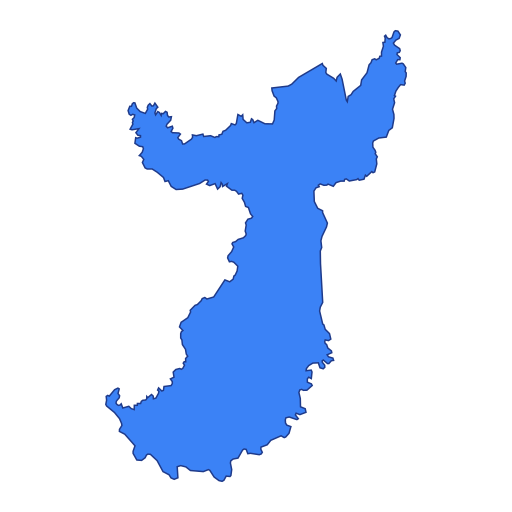 Lages, Santa Catarina, Brazil (Natural Earth projection)
{"feature_id": "56859067B78691306233134", "entity_name": "Lages", "entity_type": "district", "adm_level": 2, "iso_a3": "BRA", "parent_name": "Brazil", "parent_adm1": "Santa Catarina", "projection": "natural_earth1", "projection_center": [-50.368, -28.001], "detail": "fine", "context": "isolated", "style": "filled", "palette": "blue", "viewbox_px": 512, "rotation_deg": 0, "n_neighbors": 0, "source": "geoboundaries", "source_scale": "gbopen_adm2", "svg_char_len": 6056}
<svg xmlns="http://www.w3.org/2000/svg" viewBox="0 0 512 512"><path d="M405.8,67.6L403.3,63.9L402.0,63.2L396.6,64.2L395.7,63.0L397.7,59.6L399.9,59.7L400.2,57.7L397.0,54.5L397.3,52.8L399.3,52.4L400.2,50.7L399.7,48.7L394.5,45.1L393.4,43.1L395.9,40.1L399.1,38.4L400.4,34.9L397.9,31.1L395.3,30.7L394.0,31.9L392.0,37.6L390.9,38.4L389.0,38.9L387.1,37.7L385.7,35.2L384.5,36.2L385.2,38.0L384.9,42.2L382.9,42.5L383.4,46.3L381.5,52.1L381.5,56.1L379.8,56.3L379.2,58.3L376.2,59.8L374.7,58.8L372.1,59.7L371.0,62.7L369.1,64.8L367.0,72.8L361.6,79.9L360.7,85.4L353.2,91.4L351.1,94.7L348.2,96.4L347.3,101.7L346.3,100.1L342.1,79.2L340.3,74.0L337.1,77.3L336.2,81.0L333.7,78.3L326.8,74.1L325.8,72.5L326.3,68.4L322.9,65.3L322.3,63.5L298.6,77.4L291.7,84.2L288.1,86.1L271.8,88.0L272.1,90.8L274.1,96.1L276.3,97.8L278.0,101.6L278.0,103.2L276.5,106.1L276.7,108.5L274.9,110.9L274.2,120.1L272.5,123.9L265.0,123.8L257.8,120.3L254.0,122.7L252.7,119.6L251.5,118.8L250.3,122.3L246.8,122.8L243.1,119.4L242.7,114.8L241.2,116.3L237.9,114.5L236.3,123.6L235.0,124.9L231.3,123.6L230.6,125.5L225.6,130.3L223.0,131.3L221.8,134.3L219.0,134.9L218.8,136.7L216.3,136.6L214.9,137.5L210.6,135.7L203.7,136.5L202.9,134.1L196.4,135.7L192.4,134.9L192.6,137.2L191.5,139.1L184.6,143.9L182.6,144.0L181.5,140.7L178.6,139.1L177.8,137.6L180.4,134.1L178.9,133.0L172.5,132.7L171.1,131.6L172.9,128.2L172.3,126.2L167.6,127.8L166.2,126.2L166.9,124.3L170.7,120.2L171.4,116.7L168.8,117.0L167.5,115.4L167.1,112.3L165.5,111.4L163.2,113.7L161.7,113.4L161.2,115.5L159.5,112.6L157.8,111.6L155.6,114.9L154.9,112.9L156.3,108.6L157.8,107.2L154.9,103.1L153.4,105.8L151.9,106.1L149.9,103.6L148.2,105.2L147.3,107.4L147.7,109.1L145.3,113.4L140.2,111.6L136.7,108.1L134.9,102.9L133.6,102.7L132.3,103.8L131.5,106.3L129.8,106.3L128.1,110.6L129.2,114.2L130.9,115.3L132.7,114.3L134.7,114.9L134.2,117.5L132.4,119.3L133.2,121.0L132.4,122.5L132.9,124.1L130.1,129.2L132.0,129.8L139.0,128.6L135.9,132.7L137.9,135.3L140.5,135.6L140.5,137.2L137.1,138.2L135.7,137.7L134.9,143.3L139.3,146.2L142.7,146.7L143.4,148.7L142.2,152.3L139.3,155.6L141.3,156.3L143.8,159.4L142.4,162.5L145.1,167.9L147.2,169.0L152.2,169.0L157.3,172.3L163.5,177.5L165.0,181.5L168.3,180.7L171.2,186.4L176.1,189.5L182.7,189.1L199.6,183.5L205.1,180.0L207.6,180.1L208.4,181.5L206.5,184.1L209.7,185.6L215.1,183.6L217.6,189.1L220.1,186.7L221.1,182.6L222.3,184.2L222.6,186.5L227.4,183.6L226.5,186.2L231.9,190.2L234.7,190.2L236.5,191.3L238.6,194.1L241.8,193.3L242.9,195.2L242.2,198.4L244.4,202.2L245.6,206.4L248.4,207.5L250.5,213.8L252.7,216.5L251.5,218.2L247.9,219.2L245.5,222.9L246.2,225.0L245.2,231.1L246.2,234.0L245.7,235.6L243.4,237.8L238.2,239.4L235.6,241.6L232.7,242.5L232.0,243.9L233.7,247.0L231.6,251.7L228.1,255.7L227.6,257.9L229.4,261.8L231.6,261.4L233.8,262.2L237.8,266.2L237.1,271.0L235.2,275.1L233.9,276.0L233.2,279.1L229.7,281.8L224.9,279.9L213.7,297.0L206.9,299.0L204.8,297.5L202.2,298.6L201.2,300.7L197.3,304.6L195.1,305.3L190.2,310.3L190.6,312.0L187.8,317.7L181.1,322.3L179.5,326.9L182.9,330.5L181.4,331.7L180.7,333.6L180.7,338.0L181.9,339.9L182.4,344.6L185.5,349.3L186.3,354.1L187.7,356.2L185.6,358.5L185.7,361.8L184.2,361.7L183.2,363.2L184.5,365.1L182.9,368.2L181.4,369.3L179.7,368.5L175.8,369.5L173.2,372.1L174.0,377.2L170.4,378.9L172.3,381.6L172.3,383.6L171.1,385.6L164.0,386.5L163.4,390.4L161.8,391.0L158.6,387.9L157.6,390.1L158.9,391.3L158.5,393.3L155.9,398.1L153.4,398.8L153.2,396.1L151.5,394.5L147.8,397.6L146.8,396.5L146.7,398.8L145.7,400.0L142.7,400.3L141.3,401.4L140.6,403.5L137.4,403.5L137.3,405.3L134.3,405.3L134.2,409.6L131.2,408.6L128.8,406.3L122.8,408.0L121.2,403.8L120.0,405.1L118.4,405.4L116.9,404.4L116.0,403.1L116.4,401.1L119.2,397.8L119.6,395.7L118.0,393.5L119.2,388.9L117.9,388.1L114.6,389.7L109.3,396.1L107.7,395.4L106.2,396.4L106.6,400.2L105.8,404.4L106.6,406.0L114.5,412.5L119.5,418.6L121.6,423.5L121.9,425.5L119.5,429.3L119.4,431.4L124.8,434.2L135.0,445.8L133.1,451.3L133.1,453.4L136.8,460.0L141.6,460.4L145.1,457.8L146.5,455.0L147.9,454.1L150.4,454.3L157.1,460.6L163.0,471.6L169.1,474.8L171.0,477.9L174.2,479.3L177.9,477.8L177.2,466.7L180.7,465.6L185.9,466.9L190.4,470.5L203.3,471.6L208.4,469.6L209.8,470.3L214.1,477.0L219.0,480.6L222.1,481.3L223.9,480.3L226.2,476.1L230.0,476.5L230.9,475.5L231.7,469.6L230.4,463.0L230.8,460.8L233.2,459.0L238.0,458.1L242.6,450.0L244.1,449.0L246.2,449.4L247.8,453.7L250.4,453.3L259.3,454.7L261.3,453.9L262.3,452.3L260.8,449.2L261.0,447.1L267.2,444.8L270.8,440.3L281.1,435.8L284.2,437.6L285.7,437.0L289.0,433.3L290.9,426.6L286.9,425.2L285.5,423.0L285.3,419.8L285.9,417.8L289.2,417.0L296.9,419.6L298.3,418.7L295.4,414.9L296.1,413.2L299.9,414.6L306.0,412.3L305.2,408.7L300.5,406.8L300.3,398.5L298.9,392.5L299.8,389.9L301.7,389.4L303.4,390.3L306.9,390.2L312.2,385.5L311.4,383.9L307.4,382.2L307.3,380.6L307.4,378.8L308.7,377.2L311.3,378.6L312.0,372.0L311.2,370.1L306.1,370.7L306.4,368.6L308.7,365.6L312.8,363.1L318.3,362.8L320.0,367.8L323.2,368.8L324.8,367.3L324.7,365.2L322.3,362.3L322.2,360.8L323.3,360.0L327.5,363.6L328.8,363.6L331.4,360.7L333.6,360.4L332.9,358.1L328.5,356.8L327.1,354.8L331.8,352.7L331.4,350.9L327.8,348.0L326.6,344.5L325.2,343.4L324.7,341.8L325.2,339.9L328.5,340.6L330.8,339.1L329.5,333.6L325.2,329.3L323.9,324.9L322.7,324.0L319.6,311.0L320.3,307.1L322.7,302.4L320.5,263.6L320.3,251.0L321.7,247.5L320.9,240.8L322.0,236.4L326.5,226.9L327.4,223.1L322.6,212.6L322.6,210.8L317.7,208.3L314.3,201.5L313.9,191.1L316.0,187.8L319.2,186.7L318.3,185.2L320.2,183.9L323.9,185.3L326.8,185.1L328.0,184.1L333.3,186.3L336.1,182.6L340.7,181.1L344.2,181.1L344.6,179.4L346.3,178.9L349.3,181.0L356.7,179.6L358.0,178.6L359.2,180.2L364.0,179.2L365.4,175.2L366.7,176.3L371.8,171.6L373.0,172.7L374.7,171.9L376.8,163.9L376.3,158.9L377.3,156.8L375.2,153.7L375.8,152.3L375.0,150.2L372.9,147.2L372.7,143.0L373.4,141.0L378.8,138.0L386.3,137.1L388.8,130.4L392.3,127.8L394.0,118.4L393.9,114.5L392.5,109.2L394.6,102.7L393.7,98.8L395.5,96.2L394.4,95.6L395.9,91.1L398.3,87.4L400.6,84.6L404.2,85.1L405.2,83.2L404.6,81.0L406.1,76.4L406.2,72.9L405.2,71.6L405.8,67.6Z" fill="#3b82f6" stroke="#1e3a8a" stroke-width="1.5"/></svg>